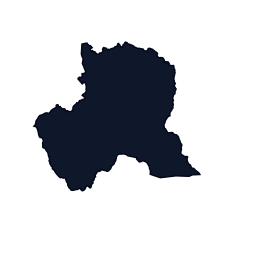 the district of Livramento de Nossa Senhora, Bahia, Brazil, rotated 207°
{"feature_id": "56859067B83597278126172", "entity_name": "Livramento de Nossa Senhora", "entity_type": "district", "adm_level": 2, "iso_a3": "BRA", "parent_name": "Brazil", "parent_adm1": "Bahia", "projection": "albers", "projection_center": [-41.976, -13.8], "detail": "fine", "context": "isolated", "style": "filled", "palette": "ink", "viewbox_px": 256, "rotation_deg": 207, "n_neighbors": 0, "source": "geoboundaries", "source_scale": "gbopen_adm2", "svg_char_len": 5932}
<svg xmlns="http://www.w3.org/2000/svg" viewBox="0 0 256 256"><g transform="rotate(207 128 128)"><path d="M134.9,75.5L134.6,76.7L133.6,76.6L132.9,77.7L133.3,78.7L128.2,79.9L127.0,79.9L126.1,80.7L125.7,81.6L125.4,82.6L125.0,83.9L125.2,85.3L125.2,86.6L125.1,87.5L124.3,88.9L124.2,90.0L124.4,91.1L124.2,92.2L124.2,93.6L124.6,94.8L124.8,95.7L125.2,96.7L125.2,97.8L125.3,98.8L124.6,100.1L124.0,100.8L122.9,101.4L121.9,101.8L121.0,102.5L120.3,102.9L119.5,103.1L118.3,103.5L117.1,103.5L115.4,103.2L107.1,105.5L106.3,104.4L105.4,103.9L104.3,103.6L103.1,103.0L102.2,103.1L101.3,103.7L100.7,104.6L99.7,105.7L98.6,105.8L96.5,105.9L95.5,105.8L91.8,103.5L91.2,102.8L90.5,101.8L89.7,101.0L88.7,100.3L87.9,98.6L87.6,97.7L87.2,96.9L76.7,98.4L64.0,106.9L61.8,108.0L51.7,112.7L49.4,115.5L42.9,119.2L43.8,119.9L45.3,120.3L46.9,120.6L48.0,120.8L49.0,121.1L50.3,121.6L51.3,121.8L52.4,121.3L53.7,121.6L54.5,122.4L55.6,123.3L56.9,123.4L58.0,123.7L58.8,124.3L59.6,125.0L60.6,125.9L61.5,127.6L61.7,129.2L62.6,129.4L63.4,128.6L64.2,128.4L66.1,128.4L67.0,128.6L67.9,128.5L69.2,129.1L70.0,130.3L70.4,131.9L70.7,133.2L71.2,134.1L72.0,135.1L72.0,136.3L72.3,137.2L73.0,137.9L74.3,138.3L75.1,139.3L75.8,139.8L76.6,140.7L77.7,141.3L78.7,142.7L79.8,143.3L80.7,143.6L81.5,143.9L83.9,143.3L85.1,143.6L85.8,144.1L87.0,143.8L88.4,142.9L89.2,142.4L90.3,141.7L91.5,142.5L92.6,143.1L93.4,143.8L94.1,144.2L95.3,144.3L95.9,144.9L96.6,145.9L97.6,147.1L97.5,148.3L97.6,149.5L97.9,150.9L98.0,152.0L97.9,153.5L97.8,154.4L97.7,155.4L97.2,156.8L96.2,157.9L97.1,159.4L97.6,160.9L97.5,162.1L97.3,163.0L97.2,164.0L97.5,164.9L97.0,166.0L97.4,166.9L98.0,167.7L98.1,169.0L98.9,170.2L99.6,170.7L99.9,171.5L100.1,173.2L101.2,174.2L101.8,175.0L102.3,177.3L102.4,178.5L101.8,180.0L102.4,181.2L102.9,182.4L102.7,183.7L103.0,184.7L103.9,185.1L105.2,186.0L106.2,186.6L106.0,187.9L106.3,189.4L107.3,189.8L108.1,190.4L108.4,191.4L109.1,191.9L109.6,192.7L110.0,194.1L110.5,195.3L110.5,196.2L111.0,197.1L111.0,197.9L111.3,198.9L112.2,199.7L112.3,200.5L113.2,201.5L114.2,202.0L115.1,203.7L115.8,204.3L116.6,203.9L117.1,203.2L118.5,203.2L119.3,202.7L120.1,203.1L121.0,203.1L121.9,204.1L121.1,204.4L122.1,205.0L123.4,204.6L124.7,204.0L124.7,203.1L125.7,203.6L126.3,204.7L127.2,205.4L128.1,206.0L129.2,206.3L130.0,205.9L131.2,205.4L132.0,204.7L133.5,204.8L134.6,205.5L135.5,206.3L135.4,207.5L136.3,208.2L137.6,208.4L138.5,208.2L139.4,208.7L140.5,208.8L141.6,209.2L143.7,209.0L144.7,208.8L145.5,208.6L146.0,207.7L145.9,206.2L146.2,205.3L147.1,204.7L147.9,204.3L148.7,204.2L149.5,204.6L150.1,205.1L151.2,205.0L152.3,204.4L153.9,204.2L155.3,203.4L156.4,203.2L157.4,203.2L158.4,203.1L160.9,203.6L162.0,203.6L163.0,203.3L163.9,203.4L165.2,203.1L166.4,203.0L167.1,203.4L168.0,203.6L169.3,203.3L169.5,202.3L169.3,201.1L170.1,200.3L169.9,199.2L169.9,198.2L171.0,196.9L171.8,197.3L172.6,198.0L173.8,198.5L174.8,199.0L175.4,198.2L174.8,196.9L175.3,195.5L176.4,194.5L176.6,193.6L177.1,192.7L178.9,191.1L179.8,189.9L180.4,189.0L181.4,189.1L181.8,188.3L182.6,188.7L183.8,189.2L185.2,188.7L186.1,188.7L186.5,187.8L186.4,186.9L186.1,186.1L185.2,186.0L185.2,184.9L185.4,183.7L185.8,182.6L187.2,182.1L187.5,181.0L188.0,179.9L189.5,179.8L190.6,180.1L192.1,180.8L193.4,180.4L194.7,180.8L195.7,180.0L196.9,180.4L197.6,181.0L197.0,182.3L196.4,183.3L197.6,183.8L198.9,184.3L200.2,183.8L201.9,184.3L203.0,185.0L204.3,184.2L205.3,183.4L206.2,182.5L207.1,181.9L203.1,172.7L202.5,172.1L201.9,171.3L200.9,170.5L199.6,169.6L199.2,168.7L198.2,165.9L198.1,165.1L197.3,164.2L196.3,163.6L195.7,162.9L195.0,162.4L194.0,161.4L193.1,160.6L192.2,160.0L191.6,159.3L191.2,158.4L191.5,157.0L192.5,156.2L193.5,155.6L193.3,154.7L192.5,153.8L191.7,153.1L192.4,152.5L193.1,151.5L194.1,151.4L194.6,150.6L195.0,149.6L194.5,148.8L193.6,148.5L192.6,148.3L191.7,147.6L190.7,147.5L189.5,146.7L188.7,146.6L188.4,147.9L188.3,149.0L187.5,149.5L186.7,148.5L185.7,148.4L185.2,147.5L184.6,146.7L184.0,146.0L183.5,145.1L183.1,143.7L182.1,142.4L181.9,140.7L182.3,139.4L182.9,138.2L183.6,137.2L183.6,136.3L179.7,135.5L179.9,134.4L180.6,133.5L181.4,132.8L182.1,131.9L182.6,131.1L183.6,130.4L183.6,129.2L183.8,128.4L183.9,127.3L185.1,127.2L185.3,125.0L185.8,124.4L186.2,123.6L186.4,122.6L186.4,121.4L185.8,120.7L185.7,118.7L185.5,117.7L186.4,116.7L187.4,116.0L188.6,115.8L189.7,116.0L190.5,115.5L191.5,115.0L192.6,116.1L193.8,116.2L194.5,115.6L195.3,115.1L196.2,115.5L197.2,115.7L198.0,116.3L198.8,115.8L199.9,115.7L200.7,116.8L201.7,116.6L202.2,115.8L201.8,114.6L201.0,113.8L201.9,112.9L202.8,111.7L203.5,110.5L204.1,109.4L204.5,108.0L204.6,106.6L205.0,105.5L205.8,104.8L206.9,104.7L208.0,104.1L208.8,103.3L209.5,102.2L210.0,101.3L210.6,100.6L212.1,99.3L212.5,98.4L212.7,97.2L212.8,94.6L213.1,93.1L212.8,91.4L212.0,88.9L212.4,87.9L212.6,86.9L211.7,87.1L210.9,87.4L210.1,87.2L209.0,86.6L208.1,85.7L207.3,85.0L205.5,82.9L205.0,82.1L204.2,81.2L203.3,80.3L202.0,79.6L200.8,80.4L200.0,80.0L198.6,79.3L197.9,78.7L197.5,77.8L197.3,76.4L197.0,75.3L196.1,74.2L195.6,72.7L194.8,72.0L193.8,72.0L192.7,72.3L191.7,71.6L190.6,70.8L188.7,69.9L188.0,69.4L187.4,68.7L186.9,68.0L186.1,67.0L185.1,66.1L184.1,65.1L183.6,64.2L183.4,62.8L182.2,62.1L181.7,61.2L180.7,60.3L179.9,59.9L178.9,59.2L177.9,58.9L177.3,58.2L176.9,57.4L175.9,57.1L174.7,56.9L173.9,56.5L173.1,55.8L172.2,55.5L171.5,55.0L170.5,54.5L169.5,54.2L167.9,53.5L165.8,53.0L165.0,53.6L164.1,54.0L162.8,54.0L162.2,54.7L161.3,54.8L160.5,54.3L159.7,53.6L158.9,52.6L157.8,51.9L156.4,51.2L155.7,49.6L154.8,49.1L153.9,48.4L152.9,47.8L151.5,47.5L150.4,46.8L149.5,47.2L148.5,47.6L147.6,48.5L146.5,49.4L145.7,49.9L144.9,50.6L143.5,52.7L142.5,52.1L141.4,51.5L140.3,51.3L139.5,52.0L138.9,53.1L138.6,54.6L138.7,55.5L138.8,56.7L138.2,58.2L137.1,58.0L136.0,57.8L135.1,57.4L134.2,57.8L134.1,58.7L134.4,59.6L134.7,60.4L134.7,61.2L134.6,62.3L134.2,63.2L134.9,64.1L135.5,65.4L134.8,65.9L135.0,67.3L135.4,68.9L134.8,69.8L135.9,70.9L135.8,72.0L135.5,73.2L135.9,74.4L134.9,75.5Z" fill="#0f172a" stroke="#020617" stroke-width="1.5"/></g></svg>